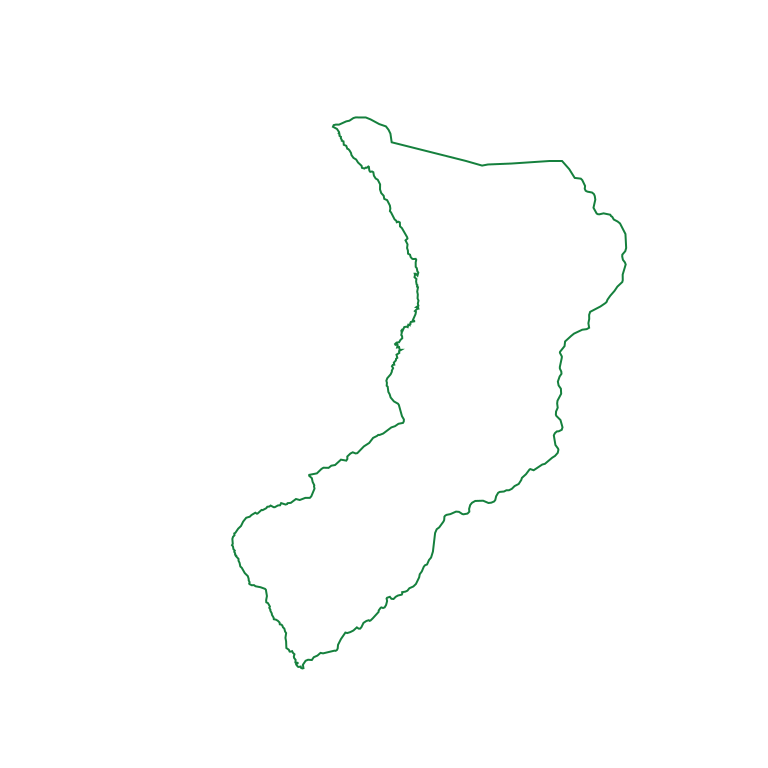 Sabanalarga, Casanare, Colombia, rotated 213°
{"feature_id": "7082276B53386587060055", "entity_name": "Sabanalarga", "entity_type": "district", "adm_level": 2, "iso_a3": "COL", "parent_name": "Colombia", "parent_adm1": "Casanare", "projection": "albers", "projection_center": [-72.979, 4.832], "detail": "fine", "context": "isolated", "style": "outline", "palette": "green", "viewbox_px": 768, "rotation_deg": 213, "n_neighbors": 0, "source": "geoboundaries", "source_scale": "gbopen_adm2", "svg_char_len": 6166}
<svg xmlns="http://www.w3.org/2000/svg" viewBox="0 0 768 768"><g transform="rotate(213 384 384)"><path d="M279.2,133.9L278.6,135.4L278.8,137.0L280.5,140.2L281.2,146.7L281.0,154.5L279.2,155.1L277.2,157.5L275.4,160.6L274.2,165.1L272.1,165.0L270.8,165.8L270.5,167.7L271.1,172.5L269.7,175.7L268.1,177.6L267.1,177.5L266.5,178.3L265.8,181.3L264.4,189.9L265.1,191.2L264.9,194.6L264.5,195.2L262.8,195.6L261.8,197.0L261.9,199.8L263.2,203.7L265.0,205.5L265.0,206.4L263.2,208.7L260.8,207.9L258.9,208.9L258.3,211.9L257.1,214.2L254.4,217.0L254.5,218.1L255.4,219.3L253.0,221.5L251.8,223.4L251.5,226.5L249.1,230.2L248.3,233.7L249.2,241.0L250.4,243.9L250.2,247.4L251.1,252.4L250.9,254.3L249.6,256.1L250.4,260.9L250.0,264.1L251.7,270.1L260.0,286.9L260.7,290.9L259.6,293.8L259.2,301.1L259.5,302.8L261.1,305.7L261.0,306.8L260.3,308.3L257.5,311.0L254.1,316.2L251.5,317.6L247.5,317.6L246.4,318.0L243.4,320.8L242.9,323.4L244.6,325.6L245.8,329.5L245.5,332.3L243.8,335.6L237.3,340.1L231.6,341.1L229.4,342.9L227.7,345.4L227.5,347.3L228.8,350.9L229.0,354.9L228.2,356.5L224.8,359.2L223.5,361.5L221.3,363.0L219.7,365.7L218.9,369.5L216.6,373.5L216.6,378.2L217.2,380.4L215.8,385.6L215.4,391.5L215.0,392.3L211.5,393.2L207.4,402.7L205.6,404.6L202.8,413.8L201.4,416.8L200.8,420.9L201.9,423.8L202.8,424.6L207.0,426.2L213.6,433.4L213.9,435.8L213.2,438.4L211.7,439.5L210.0,442.4L210.7,444.9L216.4,449.9L222.0,451.1L223.1,451.8L224.7,454.6L225.4,458.7L228.2,462.0L229.4,464.5L230.1,472.3L233.1,476.4L236.8,477.9L239.5,480.7L240.8,486.0L240.7,489.2L242.1,491.0L244.9,492.7L245.8,494.0L249.2,502.9L249.9,504.0L253.5,506.0L253.9,506.9L253.2,514.1L255.3,518.3L253.2,526.3L252.1,529.7L247.3,537.5L243.9,540.4L242.6,542.9L245.7,546.3L247.3,550.3L249.6,553.7L250.4,556.8L244.7,566.9L242.4,572.4L242.0,574.0L242.5,576.5L242.3,581.3L241.4,587.6L241.3,592.8L239.7,599.3L240.3,601.1L243.4,605.7L246.4,615.9L248.2,617.2L251.3,618.3L253.6,620.6L254.6,622.3L254.0,626.8L255.0,630.0L263.2,641.3L273.5,647.2L276.6,647.5L280.9,647.1L283.6,648.5L285.1,648.5L286.4,649.2L292.8,646.7L295.8,643.6L297.1,642.9L298.5,642.8L304.3,645.9L307.2,653.7L309.6,656.4L311.4,657.6L313.8,657.9L318.2,656.1L320.1,655.9L322.0,657.1L323.2,659.6L328.8,663.0L330.8,663.4L336.3,660.7L345.7,665.1L356.1,668.0L367.0,660.9L397.2,638.3L416.4,624.7L420.7,620.6L437.0,615.6L509.2,590.9L515.0,597.5L518.7,599.7L522.7,601.1L529.5,599.4L539.4,598.6L544.5,597.6L553.0,592.1L554.5,590.4L556.4,586.0L558.7,583.7L563.0,577.0L565.6,575.4L567.2,573.7L566.9,571.9L562.4,572.3L558.7,570.7L558.5,569.5L557.4,569.4L556.5,567.9L554.7,567.8L554.0,566.5L552.4,565.8L551.9,565.0L550.1,565.4L548.0,562.7L545.4,563.2L542.9,561.3L541.8,561.6L540.1,561.1L537.5,559.8L536.0,558.3L532.8,557.0L529.6,557.1L526.4,555.6L521.7,554.8L520.2,553.3L517.8,554.0L517.2,555.5L516.2,555.9L515.6,557.9L515.0,557.9L512.7,555.2L511.6,554.5L511.0,554.5L509.8,555.7L508.3,555.8L505.9,553.2L502.9,551.8L500.5,551.9L496.0,549.3L493.3,545.0L490.3,542.6L486.8,541.7L484.6,539.4L481.5,539.9L476.3,536.9L474.3,534.7L473.2,532.2L471.5,531.7L464.7,527.8L462.6,527.6L461.4,526.6L460.2,528.0L458.7,528.1L456.4,524.9L453.9,524.5L444.5,519.7L443.5,518.7L444.2,516.2L440.3,513.9L438.7,510.6L436.7,509.0L434.8,506.4L432.6,506.6L430.8,505.0L428.8,504.4L427.7,504.6L425.6,506.2L424.6,505.7L423.7,503.3L421.2,499.5L419.6,499.0L417.5,496.8L415.9,496.1L415.0,493.2L417.4,493.8L418.3,493.2L417.4,492.4L416.6,490.2L414.0,489.7L413.0,487.6L410.8,485.2L409.9,485.1L409.3,483.6L408.2,483.7L406.5,479.6L404.4,477.5L402.5,474.1L400.5,472.7L399.4,469.8L397.8,468.4L398.7,466.1L397.1,466.7L396.2,465.9L397.1,465.1L397.8,462.0L396.5,461.9L395.6,459.7L394.6,453.3L393.1,453.4L392.8,453.0L395.3,450.6L395.2,449.7L394.5,448.8L395.1,447.8L394.6,447.3L395.9,446.9L395.1,444.6L396.3,444.4L398.0,442.8L397.4,438.6L398.4,439.1L398.5,438.2L396.9,436.4L396.2,434.5L394.9,434.0L393.6,432.3L394.2,430.0L394.1,427.2L396.0,425.6L396.5,423.5L395.7,423.1L394.3,424.4L393.7,424.1L392.9,421.8L391.5,423.2L389.8,421.5L389.1,421.4L388.2,422.0L389.3,419.8L388.1,418.4L389.5,415.4L387.1,413.2L387.6,411.7L386.9,410.2L387.4,407.3L385.9,405.8L387.0,404.8L387.0,403.2L385.0,402.3L384.7,399.4L384.1,398.6L383.7,395.7L384.4,390.6L383.8,388.0L382.2,386.6L380.8,384.0L379.5,383.8L376.0,379.7L373.7,378.5L371.1,376.3L366.2,374.8L361.5,375.1L360.1,374.5L351.4,366.8L348.0,365.1L347.0,363.3L346.9,361.7L350.2,358.5L351.8,354.6L354.2,351.6L357.7,342.0L360.0,338.8L361.1,338.2L361.6,336.6L363.8,332.9L364.3,326.5L366.9,320.7L368.7,311.5L370.0,310.3L373.0,309.7L374.3,307.4L375.3,303.2L373.9,301.2L373.9,299.2L378.9,297.1L380.9,289.4L383.7,286.8L384.8,283.5L389.2,280.8L390.2,278.7L391.6,272.5L397.2,267.1L396.8,266.3L393.2,265.7L390.5,263.0L387.3,261.1L387.0,260.1L385.3,258.4L383.8,250.2L384.2,248.1L388.0,245.6L391.5,240.8L395.2,239.6L397.4,233.6L400.0,231.5L399.9,230.5L400.9,229.3L405.4,228.1L405.1,225.7L406.8,224.4L408.5,221.2L409.4,220.6L412.9,220.3L413.4,218.8L415.0,217.5L415.1,215.7L417.1,212.1L418.1,211.7L419.5,206.5L420.0,206.0L421.8,206.0L423.8,201.9L424.3,199.6L426.7,196.8L427.2,191.9L426.6,187.0L427.5,183.3L427.6,178.2L428.2,177.1L427.0,175.7L427.4,173.6L426.8,171.5L423.8,167.6L423.7,166.0L422.3,165.6L420.2,163.4L418.4,163.0L418.2,161.7L416.6,160.9L415.9,159.7L414.5,159.6L414.4,159.0L410.8,158.1L409.7,156.5L407.8,155.4L405.1,152.7L403.2,152.4L397.8,149.6L393.6,148.7L391.4,146.9L390.5,145.6L388.8,144.6L388.3,143.1L387.7,142.9L385.3,143.2L383.5,144.5L381.6,144.4L376.9,146.3L372.2,147.4L371.0,147.1L366.7,142.4L365.1,138.5L363.8,136.8L361.9,137.0L359.0,135.5L358.4,135.1L358.3,133.8L356.3,132.8L355.9,132.0L353.2,130.5L352.3,129.4L349.3,127.9L348.3,126.7L346.3,127.5L344.1,127.6L341.7,127.1L340.5,125.7L339.0,126.3L337.8,126.1L336.2,124.9L334.4,124.6L332.1,122.5L330.4,121.8L328.4,117.4L325.9,114.8L322.1,109.4L319.1,109.3L317.4,108.2L316.4,108.8L315.6,109.9L313.8,108.9L311.9,108.6L311.2,106.3L310.2,105.3L307.9,104.5L306.7,102.3L304.6,103.1L304.3,102.7L305.2,101.3L304.9,100.9L302.3,100.0L301.3,100.3L300.0,101.7L298.8,100.7L297.5,101.0L296.8,101.8L299.1,104.4L299.0,109.2L297.5,111.4L294.2,113.2L294.1,116.6L291.9,120.0L290.8,123.9L288.4,124.9L280.3,133.4L279.2,133.9Z" fill="none" stroke="#15803d" stroke-width="2"/></g></svg>